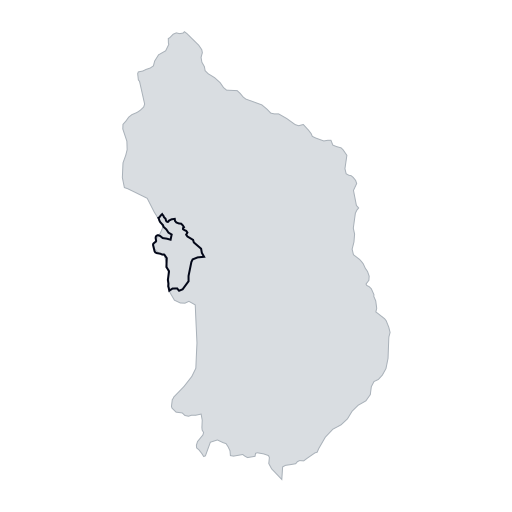 Nógrád highlighted on a map of Hungary, rotated 271°
{"feature_id": "HUN-3166", "entity_name": "Nógrád", "entity_type": "County", "adm_level": 1, "iso_a3": "HUN", "parent_name": "Hungary", "parent_adm1": "", "projection": "mercator", "projection_center": [19.65, 47.967], "detail": "fine", "context": "in_parent", "style": "outline", "palette": "ink", "viewbox_px": 512, "rotation_deg": 271, "n_neighbors": 0, "source": "natural_earth", "source_scale": "10m", "svg_char_len": 3760}
<svg xmlns="http://www.w3.org/2000/svg" viewBox="0 0 512 512"><g transform="rotate(271 256 256)"><path d="M430.0,135.3L436.3,134.5L436.5,134.6L438.0,135.1L439.0,139.7L439.2,140.0L440.7,143.0L442.1,147.0L444.3,150.1L449.2,151.3L455.5,155.1L459.6,162.1L465.8,165.0L466.2,165.1L467.4,164.7L471.9,164.5L472.7,165.9L476.3,169.3L477.7,172.4L477.0,175.6L477.6,179.2L479.0,180.5L477.3,182.9L465.8,195.0L461.3,198.2L458.3,198.8L453.6,197.6L448.8,198.5L444.4,201.1L440.4,201.9L437.4,205.0L433.5,211.6L428.7,217.1L423.8,220.6L421.3,223.7L421.0,234.3L418.3,237.3L414.7,240.4L412.7,243.1L407.2,259.2L403.0,264.4L399.1,268.3L398.4,271.9L398.5,276.1L394.0,284.3L388.1,292.8L387.0,296.3L388.3,301.0L382.6,306.4L379.3,309.0L376.6,310.2L375.0,313.6L372.2,321.8L372.9,325.5L373.0,328.9L368.2,330.9L366.8,334.6L365.6,339.2L363.6,341.3L358.2,345.1L344.9,343.4L339.8,344.7L338.3,347.5L338.0,349.6L336.4,351.7L333.3,354.3L330.2,355.4L323.3,352.3L308.3,355.5L305.8,357.8L303.7,356.1L300.5,354.6L285.5,352.8L279.6,354.2L271.8,353.7L264.5,352.0L259.0,353.4L254.2,359.8L251.8,362.0L250.0,363.4L245.8,365.4L242.4,367.8L237.8,369.5L233.7,369.3L229.9,366.5L228.5,367.2L227.3,369.7L225.2,371.9L219.4,374.6L217.9,374.5L217.6,374.5L213.2,376.5L205.8,377.6L202.2,376.8L195.5,385.7L193.5,387.3L187.1,390.0L181.9,391.4L177.5,390.3L175.7,390.2L156.0,389.8L145.7,387.9L139.1,384.4L134.7,380.5L132.6,376.2L127.4,373.6L119.4,372.7L113.1,368.4L108.6,360.8L102.5,354.8L94.8,350.3L88.7,344.0L84.2,335.9L76.1,328.5L64.4,322.0L60.9,320.6L60.2,318.4L54.4,310.3L52.0,307.3L52.2,303.2L51.1,301.0L49.0,299.3L47.9,293.5L47.2,289.1L45.6,286.3L33.0,285.7L43.5,275.3L48.7,272.4L54.8,272.9L56.7,271.9L57.2,270.4L58.3,267.0L58.8,263.8L59.3,260.7L58.7,259.0L55.7,258.5L54.3,251.0L55.8,248.2L57.3,246.2L55.5,237.0L56.0,233.9L60.8,233.4L64.7,231.5L67.9,229.3L68.8,226.4L71.4,220.6L69.0,213.6L55.3,208.9L54.6,207.2L57.8,205.1L61.2,202.3L63.1,200.0L65.8,199.7L69.5,200.8L76.1,206.0L78.6,206.7L81.0,205.2L83.6,204.9L90.9,205.1L97.0,203.9L95.7,198.4L95.7,194.4L94.6,191.3L95.3,187.7L97.8,185.0L98.5,178.8L102.4,174.7L104.1,174.1L110.9,174.8L112.5,175.9L113.5,176.2L124.3,186.3L134.4,193.9L142.7,197.8L155.0,198.1L168.0,198.5L189.7,197.1L206.0,196.1L207.1,194.2L209.5,189.7L207.6,185.8L207.7,181.2L210.4,175.2L218.5,170.3L241.6,168.1L254.8,164.4L256.8,159.3L261.2,154.3L265.2,153.3L270.7,155.6L277.4,160.0L283.2,162.4L286.6,160.9L298.3,153.4L311.8,146.2L321.1,126.4L322.1,123.2L332.1,121.0L346.8,121.4L354.4,124.0L360.0,125.3L368.5,124.9L380.7,120.6L385.3,120.7L388.8,123.7L392.6,126.3L395.2,129.5L397.2,134.0L398.2,135.7L399.9,138.0L403.0,141.1L406.0,142.0L428.6,136.5L430.0,135.3Z" fill="#d9dde1" stroke="#a8b0b8" stroke-width="1"/><path d="M283.6,163.0L285.2,162.5L288.1,159.7L289.7,158.8L292.2,158.0L292.4,157.8L293.1,158.8L294.9,160.1L296.2,161.4L295.5,161.8L295.0,162.5L293.1,163.4L291.7,164.9L289.8,165.4L288.9,166.0L288.5,167.3L289.0,167.9L289.8,168.3L291.2,170.9L291.7,174.1L289.7,174.4L288.1,175.8L287.2,178.3L287.0,180.6L285.3,182.3L283.5,183.5L282.6,182.5L281.5,182.6L280.6,184.1L279.9,185.8L278.2,187.0L276.1,185.8L274.3,187.1L271.0,192.8L268.5,193.6L262.3,201.0L258.2,201.8L254.3,204.1L253.6,197.7L251.5,192.7L248.9,191.5L234.9,188.9L229.6,189.0L221.4,183.2L219.9,179.7L222.2,177.7L222.0,173.1L219.8,169.9L222.9,169.2L223.9,168.8L225.4,168.8L226.7,168.9L230.6,168.3L238.8,169.3L239.5,169.2L243.4,166.6L252.3,166.8L255.8,164.3L255.9,163.8L255.9,163.3L255.9,162.8L255.8,162.2L256.6,160.4L257.2,156.6L257.9,155.2L259.0,154.5L265.1,152.9L265.8,152.9L266.5,153.1L267.2,153.8L268.6,155.6L269.3,155.9L272.3,155.3L273.9,155.6L275.0,157.0L275.1,157.9L274.7,158.8L274.5,159.6L272.3,162.4L271.8,166.4L270.8,170.3L276.0,171.3L277.8,168.1L281.0,165.9L283.6,163.0Z" fill="none" stroke="#020617" stroke-width="2"/></g></svg>